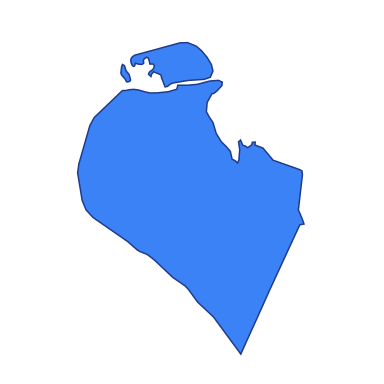 an SVG outline of Al Jahrah, rotated 286°
{"feature_id": "KWT-1667", "entity_name": "Al Jahrah", "entity_type": "Province", "adm_level": 1, "iso_a3": "KWT", "parent_name": "Kuwait", "parent_adm1": "", "projection": "equal_earth", "projection_center": [47.841, 29.537], "detail": "fine", "context": "isolated", "style": "filled", "palette": "blue", "viewbox_px": 384, "rotation_deg": 286, "n_neighbors": 0, "source": "natural_earth", "source_scale": "10m", "svg_char_len": 1998}
<svg xmlns="http://www.w3.org/2000/svg" viewBox="0 0 384 384"><g transform="rotate(286 192 192)"><path d="M227.8,75.5L236.7,77.5L270.3,97.1L271.4,100.5L273.1,103.7L274.6,107.7L275.3,112.1L275.3,119.8L275.7,124.7L277.8,131.5L281.8,141.5L286.6,149.1L290.7,148.9L293.4,158.2L297.0,167.5L303.6,178.5L306.6,186.6L306.0,190.8L302.5,191.4L296.1,188.2L292.9,185.9L291.8,184.0L288.8,183.4L285.0,182.5L282.2,181.9L273.1,183.7L268.5,188.3L264.6,193.0L255.0,199.1L248.4,206.3L245.0,212.6L241.7,217.6L234.6,221.5L234.0,224.8L232.5,227.9L236.0,228.2L241.8,227.0L246.1,226.1L249.5,224.5L253.1,222.9L255.3,224.4L250.9,227.9L250.9,230.4L249.9,233.3L253.7,236.4L256.4,236.3L256.5,236.3L256.6,237.0L257.4,239.0L254.5,239.6L253.8,248.1L244.9,261.2L243.2,289.2L242.6,291.9L239.0,293.4L204.1,299.2L196.5,305.4L192.1,308.5L190.2,304.7L181.4,303.3L165.9,300.9L150.3,298.5L134.8,296.1L119.3,293.7L101.8,291.2L84.5,288.7L67.1,286.1L49.6,283.6L54.2,277.7L77.8,247.1L87.6,227.9L97.6,215.1L99.9,211.1L104.6,197.0L116.3,174.5L119.4,166.8L119.8,164.7L120.4,158.4L121.2,155.4L126.9,143.1L140.2,103.9L145.6,95.1L153.7,88.7L178.8,76.8L187.7,75.5L227.8,75.5ZM333.3,156.0L330.4,162.3L325.6,169.4L319.9,175.5L314.1,178.8L313.1,178.7L307.4,178.0L303.6,172.6L298.2,157.6L291.7,144.0L290.8,142.7L289.9,141.5L286.8,139.4L285.6,137.2L288.6,134.8L290.4,133.6L293.8,130.9L295.5,130.4L296.1,129.2L297.0,122.0L294.5,120.9L293.2,120.6L291.7,120.7L293.2,117.7L295.4,117.9L299.2,120.7L301.0,121.1L303.1,120.9L304.3,119.5L303.4,116.2L306.2,114.8L308.5,113.2L309.1,111.3L306.6,109.3L304.8,109.0L302.8,110.1L301.3,109.3L300.6,107.9L300.2,105.7L300.1,103.5L300.2,102.1L297.5,102.1L297.1,101.8L296.6,101.2L297.2,99.7L299.2,98.0L301.4,96.9L303.6,96.7L305.7,97.5L307.7,99.2L332.0,139.2L334.4,146.7L333.3,156.0ZM290.7,95.0L289.7,96.1L288.2,98.4L287.5,99.2L283.3,101.8L282.1,102.1L281.0,101.3L280.1,99.9L279.9,98.6L282.0,96.8L285.2,91.9L286.9,90.8L293.0,89.8L295.4,90.0L294.9,92.2L290.7,95.0Z" fill="#3b82f6" stroke="#1e3a8a" stroke-width="1.5"/></g></svg>